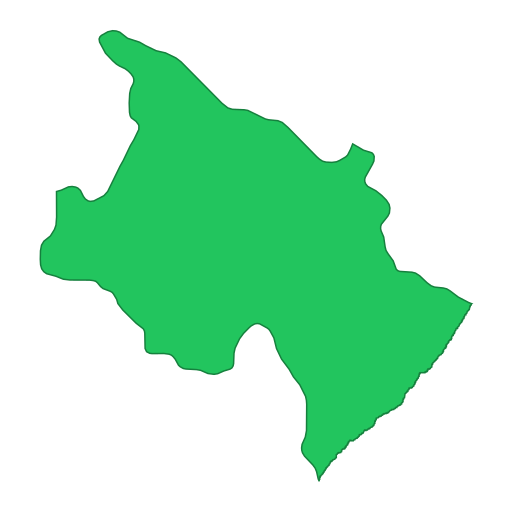 Enriquillo, Barahona, Dominican Republic
{"feature_id": "3306468B23311881925490", "entity_name": "Enriquillo", "entity_type": "district", "adm_level": 2, "iso_a3": "DOM", "parent_name": "Dominican Republic", "parent_adm1": "Barahona", "projection": "orthographic", "projection_center": [-71.267, 17.983], "detail": "fine", "context": "isolated", "style": "filled", "palette": "green", "viewbox_px": 512, "rotation_deg": 0, "n_neighbors": 0, "source": "geoboundaries", "source_scale": "gbopen_adm2", "svg_char_len": 6070}
<svg xmlns="http://www.w3.org/2000/svg" viewBox="0 0 512 512"><path d="M471.7,303.7L468.6,302.5L458.3,297.1L450.1,290.9L446.8,288.9L443.3,288.0L434.6,287.1L431.1,285.8L427.1,282.8L419.7,275.8L415.5,273.1L411.9,272.2L399.8,271.4L397.8,270.7L396.2,269.2L393.2,260.9L388.0,253.7L386.0,250.4L385.1,246.8L383.7,237.0L381.1,230.9L380.6,228.7L380.7,226.3L381.4,224.2L387.8,216.2L389.4,213.0L389.9,208.1L389.1,204.4L386.4,200.2L381.9,195.6L375.9,190.8L367.7,186.4L365.6,183.8L364.8,181.6L364.7,179.3L365.3,177.1L372.5,164.2L373.9,161.0L374.2,156.5L373.4,154.4L371.9,152.8L363.5,150.2L352.7,143.9L350.6,149.2L347.6,155.1L345.7,156.9L339.7,160.4L336.5,161.8L331.9,162.4L326.0,162.1L322.6,161.2L319.5,159.2L316.7,156.7L287.9,127.4L282.3,122.5L277.9,120.7L268.7,119.8L265.4,119.0L247.8,110.4L244.3,109.8L232.3,109.3L227.8,107.9L221.9,103.2L181.0,61.8L176.0,58.0L165.5,52.9L156.0,50.7L145.5,45.6L139.6,42.2L127.6,38.3L119.8,32.2L116.3,31.0L112.6,30.7L107.8,31.8L101.4,35.4L99.9,36.9L99.1,39.0L99.6,42.1L105.5,53.2L112.6,60.7L116.4,64.1L119.6,66.1L125.1,68.7L128.2,71.0L130.9,73.7L133.1,76.8L133.8,79.1L133.8,81.5L133.2,83.7L130.8,88.5L129.7,93.5L129.2,103.0L129.5,112.3L130.2,115.8L131.3,117.8L136.1,121.4L138.6,124.8L138.9,126.0L138.8,129.5L133.9,139.7L130.4,145.6L123.3,160.4L120.0,166.3L107.7,191.5L103.9,195.7L93.9,200.9L90.4,201.4L88.1,200.9L85.3,199.0L83.4,196.4L80.4,190.4L77.9,188.1L75.7,187.1L72.1,186.5L68.4,186.9L61.2,190.2L56.5,191.5L56.6,217.1L56.0,225.1L54.4,229.6L50.4,236.0L43.9,241.2L41.5,245.2L40.5,250.7L40.3,259.3L40.6,264.9L41.7,268.8L43.8,271.7L46.6,273.7L55.8,276.2L63.3,279.2L70.1,280.0L89.6,280.1L93.4,280.6L95.7,281.3L97.4,282.7L100.6,286.6L103.1,288.6L110.3,291.3L112.2,292.4L113.5,294.0L116.7,299.4L117.9,303.6L122.8,310.0L136.1,323.2L143.3,328.8L144.4,330.9L144.8,333.2L145.1,348.5L146.6,351.7L149.7,353.3L152.1,353.6L164.0,353.5L169.2,354.2L171.5,355.2L173.2,356.7L175.3,359.3L178.5,365.2L180.1,366.7L183.3,368.5L185.8,369.0L196.6,369.6L200.6,370.3L207.9,373.5L214.0,374.3L217.7,373.7L223.8,371.0L230.1,369.1L231.9,367.9L233.1,365.9L233.6,363.6L234.0,353.1L235.1,348.1L239.6,338.7L243.6,333.3L249.3,327.5L251.3,325.8L254.7,323.9L257.2,323.5L259.6,323.8L267.2,328.0L268.9,329.3L270.2,331.1L273.9,337.9L276.5,348.5L281.5,359.0L289.2,369.3L293.4,376.8L299.8,384.8L305.6,396.4L306.4,400.3L306.7,404.3L306.5,430.6L305.3,437.1L302.1,444.3L301.6,447.9L301.8,450.4L302.5,452.8L304.5,456.1L312.9,465.0L315.2,468.2L316.6,471.7L318.2,478.9L319.2,481.3L319.2,479.2L319.7,479.2L319.7,477.1L320.2,477.1L320.2,476.1L320.7,476.1L320.7,475.6L322.1,474.6L322.1,474.1L323.1,473.6L323.1,472.5L324.1,472.0L324.1,471.0L325.1,470.5L325.1,469.5L326.0,468.9L326.0,467.9L326.5,467.9L327.0,466.9L327.5,466.9L328.0,465.9L329.0,465.4L329.0,464.3L329.9,463.8L330.4,461.8L330.9,461.8L330.9,461.3L331.9,461.3L331.9,460.7L332.9,460.2L332.9,459.7L334.8,459.2L335.3,458.2L336.3,457.7L336.3,454.6L337.3,454.1L337.7,453.1L338.7,453.1L338.7,452.6L340.7,452.6L341.2,451.5L341.6,451.5L341.6,450.0L342.6,449.5L342.6,449.0L344.1,449.0L344.1,448.5L345.0,448.5L345.0,447.4L345.5,447.4L345.5,446.9L346.0,446.9L346.0,445.9L346.5,445.9L347.0,444.9L347.5,444.9L347.5,443.8L348.0,443.8L348.0,442.8L348.5,442.8L348.5,441.8L349.0,441.8L349.0,441.3L349.9,440.8L349.9,440.3L350.9,440.3L350.9,440.8L353.3,440.8L353.8,439.8L354.8,439.8L355.3,438.7L357.2,438.2L357.2,437.7L358.2,437.2L358.2,436.7L359.2,436.2L359.2,435.1L359.7,435.1L359.7,434.6L361.1,434.6L361.6,433.6L362.1,433.6L362.1,433.1L363.1,433.1L364.5,430.0L365.5,430.0L365.5,430.5L366.0,430.5L366.0,430.0L367.5,430.0L368.0,429.0L368.9,429.0L368.9,428.5L369.9,428.5L370.4,427.5L372.3,426.9L372.3,426.4L373.3,425.9L373.3,425.4L373.8,425.4L374.3,423.4L374.8,423.4L374.8,421.3L375.3,421.3L375.3,420.3L376.2,419.8L376.2,418.2L378.2,417.7L378.7,416.7L379.6,416.7L379.6,416.2L381.1,416.2L381.6,415.2L382.6,415.2L383.1,414.1L384.0,414.1L384.0,413.6L386.0,413.6L386.0,413.1L387.4,413.1L387.4,412.6L388.4,412.6L388.4,412.1L389.4,411.6L389.9,410.6L391.8,410.0L391.8,409.5L393.8,409.5L394.3,408.5L395.2,408.5L395.7,407.5L396.7,407.5L396.7,407.0L397.7,406.5L397.7,405.9L399.6,405.4L399.6,404.9L400.6,404.9L401.1,403.9L401.6,403.9L401.6,402.9L402.6,402.4L402.6,401.3L403.0,401.3L403.0,399.3L403.5,399.3L403.5,398.3L404.5,397.8L405.0,393.7L406.0,393.1L406.0,392.6L406.9,392.1L406.9,391.6L407.4,391.6L407.4,391.1L407.9,391.1L407.9,390.1L408.9,389.6L408.9,388.5L409.4,388.5L409.4,388.0L411.3,388.0L411.3,387.5L412.3,387.5L412.8,386.5L413.8,386.0L413.8,384.9L414.7,384.4L414.7,382.9L415.2,382.9L415.2,381.9L415.7,381.9L415.7,380.9L416.7,380.3L416.7,379.3L417.2,379.3L417.6,378.3L418.1,378.3L418.6,376.2L419.1,376.2L419.1,374.2L419.6,374.2L419.6,373.2L420.1,373.2L420.1,372.7L424.9,372.7L424.9,372.1L425.9,372.1L425.9,371.6L426.9,371.6L426.9,371.1L427.4,371.1L427.4,370.1L427.9,370.1L427.9,369.1L429.3,369.1L429.3,368.6L430.3,368.6L430.8,367.5L431.8,367.0L431.8,364.5L432.3,364.5L432.3,363.9L432.7,363.9L432.7,362.9L433.7,362.4L434.2,361.4L434.7,361.4L434.7,360.9L435.7,360.4L435.7,359.8L436.2,359.8L436.6,358.8L437.1,358.8L437.1,358.3L437.6,358.3L438.1,356.3L439.1,355.8L439.1,355.2L441.0,354.7L441.5,353.7L442.5,353.2L442.5,352.2L443.0,352.2L443.0,351.1L443.5,351.1L443.5,349.6L444.9,348.6L444.9,348.1L445.4,348.1L445.4,347.6L445.9,347.6L445.9,346.5L446.4,346.5L446.4,346.0L445.9,346.0L445.9,345.5L446.4,345.5L446.4,344.5L446.9,344.5L447.4,343.5L448.3,342.9L448.3,341.9L448.8,341.9L448.8,340.9L449.8,340.4L449.8,339.9L450.8,339.9L450.8,339.4L451.3,339.4L451.3,338.3L451.7,338.3L451.7,336.3L452.7,335.8L452.7,335.3L453.2,335.3L453.2,334.2L454.2,333.7L454.2,332.7L454.7,332.7L454.7,331.2L455.6,330.6L456.1,328.6L457.1,328.6L457.1,328.1L457.6,328.1L457.6,327.1L459.0,326.0L459.5,324.0L460.0,324.0L460.5,323.0L461.5,322.5L461.5,321.4L462.0,321.4L462.0,320.4L462.5,320.4L462.5,319.4L463.4,318.9L463.4,318.4L463.9,318.4L463.9,316.8L464.4,316.8L464.9,314.8L465.9,314.8L465.9,313.7L466.8,313.2L467.3,311.2L468.3,310.7L468.8,309.6L469.3,309.6L469.8,306.6L470.2,306.6L470.2,305.6L471.2,305.0L471.2,304.0L471.7,303.7Z" fill="#22c55e" stroke="#15803d" stroke-width="1.5"/></svg>